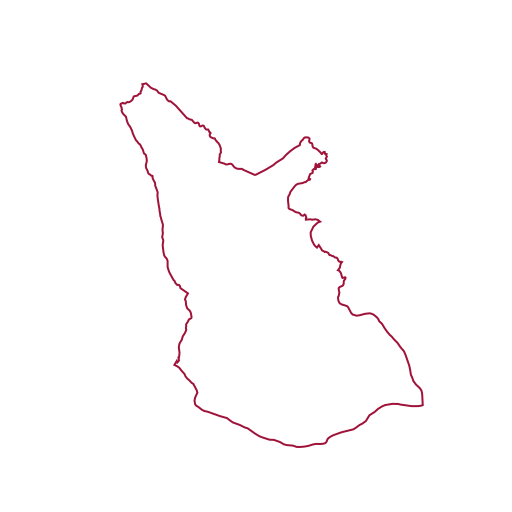 outline of Gonzalez, Cesar, Colombia, rotated 161°
{"feature_id": "7082276B53963329065475", "entity_name": "Gonzalez", "entity_type": "district", "adm_level": 2, "iso_a3": "COL", "parent_name": "Colombia", "parent_adm1": "Cesar", "projection": "orthographic", "projection_center": [-73.381, 8.394], "detail": "fine", "context": "isolated", "style": "outline", "palette": "rose", "viewbox_px": 512, "rotation_deg": 161, "n_neighbors": 0, "source": "geoboundaries", "source_scale": "gbopen_adm2", "svg_char_len": 6100}
<svg xmlns="http://www.w3.org/2000/svg" viewBox="0 0 512 512"><g transform="rotate(161 256 256)"><path d="M341.8,260.2L341.1,258.8L341.0,256.7L339.9,254.3L338.3,253.7L337.7,252.5L337.9,250.2L332.5,242.8L336.0,239.8L337.3,238.0L337.1,236.3L338.1,232.1L338.1,229.1L338.0,228.6L336.6,226.2L336.2,224.5L336.2,223.1L336.8,219.3L337.0,218.8L337.7,218.3L338.3,218.1L339.6,218.0L340.7,217.3L341.6,216.2L343.9,214.5L344.5,213.8L344.8,212.3L345.5,211.3L345.9,210.1L346.0,208.8L348.3,206.3L351.5,203.8L353.3,201.1L356.8,198.2L358.7,194.9L359.8,189.5L361.1,186.5L362.3,185.4L362.0,184.8L362.5,184.3L362.9,182.2L365.1,180.9L365.4,181.6L365.3,182.4L368.6,179.6L366.1,177.0L364.9,175.2L363.8,171.9L362.0,167.7L361.9,165.5L361.1,162.9L359.3,159.7L358.2,157.1L356.9,155.5L355.8,148.5L355.9,145.9L359.7,141.9L361.3,139.1L361.8,135.3L361.3,134.0L359.7,132.1L357.3,128.4L355.4,126.3L352.4,124.5L342.0,116.2L336.2,112.2L334.1,108.9L332.0,106.1L326.3,101.5L322.5,97.6L320.0,95.8L314.5,88.1L311.3,84.3L308.9,82.3L303.0,77.9L298.9,76.3L293.9,72.3L290.9,68.8L288.3,67.1L282.8,64.7L279.8,62.3L276.9,61.2L272.6,60.1L268.4,59.4L263.8,59.3L260.8,58.9L256.6,57.4L253.6,56.6L252.0,56.5L251.0,56.7L249.8,57.4L247.8,59.7L245.7,60.6L242.9,61.2L240.1,61.4L232.6,61.5L220.4,60.4L217.8,61.0L213.1,62.5L210.0,62.9L205.8,64.2L200.6,68.5L194.7,69.9L190.6,71.6L188.3,72.2L185.5,72.8L182.3,73.0L175.2,71.8L169.7,69.8L167.8,68.5L157.6,63.3L151.6,61.3L149.3,60.8L146.9,60.7L144.1,70.4L143.6,72.6L143.4,75.2L144.1,77.7L146.6,82.4L147.9,86.6L147.9,90.6L148.2,93.2L147.3,98.4L146.8,102.3L146.8,113.3L147.1,117.7L149.1,122.8L150.5,127.8L152.6,132.1L153.9,135.6L155.3,138.1L156.8,142.1L157.8,145.6L159.0,151.0L160.7,154.1L160.9,156.4L161.7,158.7L164.0,162.4L165.8,164.0L167.2,164.8L171.5,165.8L177.7,166.3L180.3,166.8L183.7,169.2L184.6,171.3L185.6,177.7L186.2,178.9L189.2,181.3L190.2,181.8L192.0,183.7L192.4,184.6L192.6,186.4L192.4,188.4L191.7,190.6L190.7,191.5L189.0,194.4L188.9,196.3L188.3,198.7L187.1,199.4L183.7,199.7L182.5,200.6L180.9,204.1L179.2,205.1L178.6,205.9L178.4,206.3L178.6,206.8L179.1,207.0L181.2,207.0L181.5,207.4L181.3,212.3L181.5,213.3L182.3,215.3L183.1,215.9L180.4,217.8L179.3,219.8L178.1,221.4L176.7,222.3L177.5,222.9L178.7,223.2L179.1,223.6L179.7,225.0L179.8,227.1L180.2,228.1L181.8,228.9L182.9,230.6L184.3,231.5L185.1,232.5L186.0,232.8L186.3,233.2L186.6,235.2L187.2,236.0L188.8,237.4L189.4,237.6L189.8,237.5L190.3,238.3L191.8,239.9L192.0,241.5L193.1,245.9L195.6,244.1L196.5,245.6L197.4,247.8L198.0,252.1L197.7,257.0L196.6,260.6L192.1,265.1L186.8,267.5L184.2,267.6L185.8,270.0L187.9,271.4L191.0,272.0L192.9,273.1L197.0,274.1L196.6,275.3L195.9,276.0L195.9,278.5L196.6,279.4L198.1,278.7L199.6,279.4L200.2,280.3L200.5,281.6L201.4,282.9L203.8,284.3L204.8,285.3L206.5,287.5L208.8,289.3L209.4,290.1L209.6,290.8L208.7,293.3L208.4,295.0L207.6,298.3L206.6,300.9L205.9,301.9L204.0,303.5L203.0,305.0L202.2,305.7L196.3,309.6L194.7,310.3L192.9,310.6L188.2,309.8L185.8,310.0L185.0,309.7L182.1,310.9L180.4,310.6L179.8,311.1L180.9,312.5L178.2,315.8L175.4,316.2L174.8,317.3L174.8,318.5L173.2,319.4L171.3,318.7L170.9,319.0L170.8,319.6L171.3,320.7L170.1,322.5L169.8,323.4L169.4,323.6L169.1,322.6L169.4,320.5L168.4,319.9L166.8,319.5L166.2,319.8L166.5,320.4L167.9,321.3L166.6,322.5L165.5,322.3L163.2,323.0L162.1,321.9L161.0,321.5L159.5,321.6L158.0,322.9L158.0,324.2L158.3,324.9L158.3,325.5L156.6,326.9L156.8,328.5L156.1,329.4L157.1,329.9L157.5,330.2L157.1,331.9L157.3,332.2L158.1,332.3L158.8,332.1L160.1,331.0L160.8,331.2L161.3,332.9L163.0,336.2L164.3,338.0L166.5,339.7L166.8,341.4L166.4,343.1L166.4,344.2L166.7,344.6L168.2,345.7L168.5,346.7L168.4,347.4L167.4,348.8L167.2,349.7L167.9,350.9L169.4,351.7L170.4,351.8L170.9,352.2L172.3,351.9L174.2,350.5L175.3,350.2L177.0,349.0L177.8,348.0L178.4,346.6L184.4,345.6L190.0,343.8L195.1,341.6L198.8,339.5L206.6,337.7L210.0,336.3L213.8,335.5L219.0,334.4L229.8,332.9L230.8,333.1L239.5,341.2L241.0,343.0L243.7,343.9L245.4,344.7L246.5,345.7L247.4,346.8L248.1,348.4L248.6,350.0L249.2,350.9L250.3,351.7L253.5,352.0L254.9,352.5L255.6,353.5L260.4,356.9L259.7,358.1L258.5,361.0L257.7,362.2L257.4,363.5L256.8,364.2L255.6,365.1L255.3,365.6L255.0,367.4L254.3,368.8L254.2,370.3L254.3,372.7L254.8,375.1L255.4,376.0L255.8,377.3L256.4,378.4L256.7,380.6L257.1,380.9L257.8,381.0L258.3,381.3L259.0,382.1L259.7,382.6L260.4,383.6L260.6,384.6L260.4,385.6L259.9,386.3L259.3,386.6L258.9,387.1L259.1,387.8L259.7,388.3L259.8,390.0L260.1,391.2L261.5,391.6L262.2,392.3L262.8,394.0L262.9,395.8L263.3,396.4L264.1,396.8L265.9,396.5L266.8,396.9L267.1,397.9L266.9,399.5L267.3,400.8L267.9,401.2L269.8,401.2L270.6,401.6L271.0,402.2L272.4,405.7L274.3,406.8L275.3,408.0L276.4,408.8L282.9,424.3L286.5,430.2L287.5,430.3L287.8,430.5L288.7,431.8L289.2,433.0L289.7,436.8L290.2,437.8L294.9,442.0L295.8,444.8L297.4,446.5L298.2,446.9L300.6,449.3L303.6,454.9L304.4,455.1L305.3,455.1L307.5,455.5L307.8,453.2L308.4,452.5L309.1,452.1L310.1,450.3L311.6,448.9L312.1,447.5L312.4,447.2L313.9,447.4L315.9,446.3L319.3,446.7L319.7,446.6L321.9,444.0L323.7,443.2L324.9,442.9L325.7,442.8L326.5,442.9L327.5,443.5L329.9,442.8L331.1,443.2L331.9,444.1L332.4,444.2L333.5,443.8L334.4,444.0L335.0,443.1L335.0,441.8L334.7,440.0L335.1,439.1L335.0,438.2L335.8,437.3L335.8,435.6L335.3,433.6L333.6,430.0L334.0,426.3L334.0,423.7L333.9,422.3L332.9,419.0L332.6,416.4L332.4,414.3L332.6,412.3L332.3,408.6L331.8,404.7L331.0,402.8L330.5,401.1L330.1,400.2L329.5,399.6L329.2,398.6L328.8,395.4L328.4,393.8L328.5,389.8L328.4,389.2L327.9,388.6L327.3,387.5L327.4,386.1L327.8,383.2L328.4,381.2L330.7,377.6L331.2,374.9L330.8,371.8L330.9,369.8L330.7,368.6L329.8,367.7L328.9,366.1L327.8,365.5L327.8,365.1L328.3,363.7L328.4,363.1L328.0,359.8L327.7,359.0L327.8,357.2L328.4,355.3L328.2,349.1L328.4,347.8L329.5,345.4L330.3,341.8L331.5,335.4L332.0,331.7L332.5,330.1L332.9,327.2L333.5,324.7L333.4,323.2L333.6,321.6L333.8,316.2L334.2,314.9L336.0,310.9L336.5,308.2L337.7,305.9L338.6,304.4L338.5,301.8L338.7,300.6L340.8,296.5L342.3,289.2L342.6,286.4L342.3,284.9L341.5,283.2L341.2,281.8L341.2,280.1L343.2,274.2L343.3,269.6L343.1,267.7L341.8,260.2Z" fill="none" stroke="#9f1239" stroke-width="2"/></g></svg>